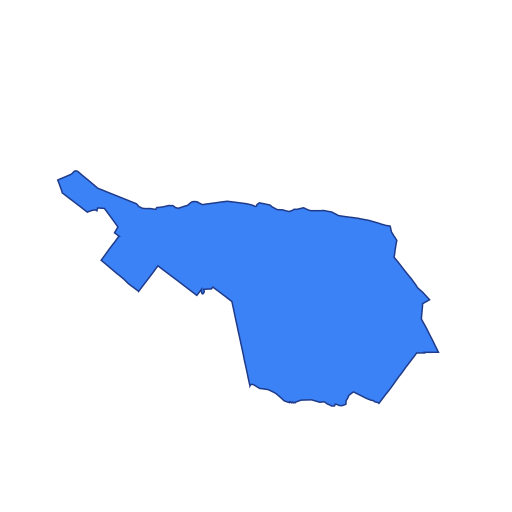 Vīksnas pag., Balvu, Latvia, rotated 218°
{"feature_id": "27541924B75999158196044", "entity_name": "Vīksnas pag.", "entity_type": "district", "adm_level": 2, "iso_a3": "LVA", "parent_name": "Latvia", "parent_adm1": "Balvu", "projection": "equal_earth", "projection_center": [27.422, 57.224], "detail": "fine", "context": "isolated", "style": "filled", "palette": "blue", "viewbox_px": 512, "rotation_deg": 218, "n_neighbors": 0, "source": "geoboundaries", "source_scale": "gbopen_adm2", "svg_char_len": 5872}
<svg xmlns="http://www.w3.org/2000/svg" viewBox="0 0 512 512"><g transform="rotate(218 256 256)"><path d="M180.8,149.9L181.0,150.9L180.6,152.0L180.0,152.5L178.6,153.1L171.5,153.9L169.1,155.4L164.2,158.2L161.1,158.9L156.0,159.9L152.6,159.8L147.5,159.5L144.8,159.2L141.7,160.2L139.6,161.0L139.8,161.2L139.7,161.6L139.8,161.8L139.6,162.1L139.3,162.1L139.1,162.1L139.0,162.4L138.8,162.4L138.6,162.2L138.4,162.1L138.0,162.1L137.9,162.3L137.5,162.5L137.3,162.5L137.3,163.0L137.0,163.0L136.9,163.1L137.0,163.5L136.5,163.7L136.3,163.7L135.9,163.5L135.6,163.8L135.4,164.1L134.8,164.6L134.7,164.7L135.0,165.0L131.7,170.2L127.4,173.8L123.6,176.9L118.8,178.8L115.7,180.0L112.6,183.0L112.2,183.2L108.7,183.3L106.9,183.8L106.5,184.0L104.8,184.2L104.0,184.4L101.8,186.2L102.4,187.9L102.1,188.3L100.9,188.8L98.0,189.6L95.9,191.2L93.9,194.5L95.9,197.5L96.0,197.7L96.1,199.5L96.2,200.1L96.7,202.4L97.1,203.0L95.7,208.5L95.5,208.8L94.6,209.1L87.8,210.5L81.2,211.8L76.5,213.2L74.4,214.4L74.1,214.4L73.6,214.2L73.2,214.1L69.2,215.7L68.8,215.7L68.4,215.6L68.5,221.6L68.6,227.4L68.5,228.3L68.5,233.3L68.7,239.4L68.8,241.8L68.9,242.1L69.0,244.8L69.1,247.7L69.2,249.5L69.1,251.4L69.3,258.3L69.4,258.8L69.5,265.6L69.6,275.7L69.7,277.4L69.7,278.6L69.2,278.9L67.8,279.9L67.1,280.6L64.2,282.8L63.4,283.6L63.9,283.8L53.0,292.5L58.2,295.0L59.8,295.7L61.9,296.8L65.0,298.3L70.9,301.0L77.3,304.1L85.6,307.6L86.6,308.0L87.1,308.4L89.5,312.1L94.3,319.6L95.4,320.9L92.3,328.4L102.7,330.1L102.9,330.1L108.3,330.4L109.7,330.6L111.9,331.5L119.6,333.7L120.3,333.9L121.6,334.1L129.0,335.8L136.4,337.7L141.7,339.0L146.5,340.0L147.9,342.8L148.4,343.6L150.1,346.4L151.5,349.0L153.9,353.4L154.4,354.7L154.6,354.9L155.4,355.3L156.3,355.5L157.0,355.8L157.3,356.0L158.0,356.2L158.8,356.4L159.4,356.6L159.5,356.6L159.8,356.7L159.9,356.8L160.1,356.8L161.9,357.6L162.3,357.7L164.1,358.4L164.4,358.6L166.3,360.2L168.6,362.1L168.8,362.1L169.7,361.6L171.6,360.6L172.3,360.1L173.0,359.8L174.5,359.3L176.5,358.4L179.7,357.3L187.9,354.0L188.9,353.6L197.4,349.2L199.0,348.5L200.7,347.4L203.9,345.6L205.5,344.6L208.5,342.8L214.1,339.6L216.0,338.6L216.5,338.5L218.6,338.2L223.3,337.3L223.6,337.2L230.8,333.4L231.1,333.3L231.3,333.1L232.5,331.9L234.1,330.6L236.1,329.1L239.2,326.6L240.7,325.5L241.0,325.3L242.0,324.9L242.5,324.7L243.1,324.5L245.4,323.9L247.8,323.4L248.1,323.3L248.5,323.0L248.7,322.8L249.5,321.6L250.6,320.4L251.2,319.6L251.8,318.8L252.2,318.3L252.8,317.7L253.2,317.4L254.6,316.4L254.8,316.2L255.2,314.7L255.3,314.5L256.1,313.3L256.4,312.8L256.5,312.4L256.7,312.2L256.8,312.2L256.9,311.9L257.0,311.7L257.6,311.3L258.2,311.0L258.5,310.9L258.9,310.6L261.6,309.5L263.6,308.7L264.0,308.4L264.2,308.2L266.2,306.8L267.7,305.7L267.8,305.6L272.0,304.9L272.3,304.9L272.8,304.7L273.0,304.6L275.9,304.8L276.1,304.8L276.3,304.7L277.1,304.4L279.4,303.3L281.3,302.4L286.0,300.0L286.1,299.9L286.2,299.7L286.7,297.9L286.8,297.5L286.8,297.1L286.7,296.4L286.6,296.2L286.4,295.8L286.4,295.5L286.5,295.2L286.8,294.8L287.0,294.7L290.7,293.6L292.1,293.0L294.3,292.0L295.6,291.4L299.0,289.4L308.3,283.9L312.1,281.6L312.5,281.3L314.1,279.7L316.4,277.4L321.2,272.4L328.2,265.3L328.7,264.7L329.3,264.0L329.6,263.7L329.9,263.5L332.8,262.9L333.8,262.7L335.2,262.6L335.9,262.4L336.1,262.3L336.9,261.8L338.4,260.7L338.9,260.3L339.3,259.8L339.6,259.5L339.9,259.0L340.0,258.8L340.0,258.5L340.2,257.9L340.3,257.6L340.5,256.9L340.7,255.7L340.9,254.9L341.0,254.4L341.3,253.5L341.9,252.6L342.7,251.7L343.0,251.1L343.1,250.9L343.4,250.6L343.9,249.9L344.5,248.8L345.5,247.5L345.7,247.2L346.1,246.6L346.2,246.2L346.4,246.0L346.4,245.9L346.8,245.8L347.6,245.3L348.2,245.1L348.9,244.6L349.1,244.6L349.4,244.5L349.6,244.6L350.3,244.6L350.6,244.6L351.7,244.6L352.7,244.4L352.9,244.4L353.0,244.3L353.5,243.7L354.1,243.3L355.1,242.6L355.7,242.1L356.4,241.4L357.0,240.6L359.2,237.8L360.4,236.6L362.2,234.7L363.8,233.3L364.0,233.0L364.0,232.9L364.0,232.7L364.0,232.4L363.7,231.6L363.7,231.4L363.8,231.1L364.2,230.7L368.2,228.5L369.3,227.7L370.5,226.7L370.8,226.5L371.5,225.9L371.8,225.7L372.4,225.3L372.9,224.9L374.5,223.9L374.9,223.7L375.3,223.5L376.4,223.4L377.6,223.1L378.3,222.9L378.7,222.9L379.3,223.0L381.4,223.4L382.4,223.5L382.8,223.4L383.3,223.3L388.0,221.9L391.3,221.0L412.3,214.9L417.7,213.4L421.5,212.2L422.5,212.0L423.0,212.0L435.3,212.5L441.6,212.6L447.9,212.9L448.7,212.9L449.8,212.4L450.0,212.4L450.7,211.9L451.1,211.4L451.4,210.6L451.7,207.7L452.1,206.4L456.3,198.7L457.8,196.1L459.0,193.8L454.2,190.9L451.9,189.4L451.4,189.1L450.7,188.7L448.5,187.2L448.4,187.1L448.0,186.8L447.4,186.4L446.2,186.5L445.9,186.5L445.4,186.5L443.1,186.5L439.9,186.5L438.6,186.5L435.9,186.6L434.6,186.6L424.8,186.7L423.0,186.7L415.9,186.7L415.2,188.0L414.8,188.6L414.0,189.9L413.5,190.6L413.3,190.9L412.7,191.6L411.8,192.6L411.3,193.1L411.2,193.2L411.0,193.3L409.2,193.7L410.3,196.1L410.2,196.5L404.9,200.1L403.9,199.9L399.1,198.6L388.5,195.6L382.7,193.9L381.8,187.2L376.1,187.3L376.2,187.2L376.2,185.8L376.1,183.5L375.9,179.7L376.0,178.0L375.9,171.3L375.9,171.2L375.8,168.9L375.7,166.0L375.6,164.4L375.4,157.3L370.7,157.2L354.1,156.5L353.2,156.6L346.5,156.4L346.0,156.4L341.7,155.9L340.2,155.7L338.8,155.6L338.1,155.7L335.7,155.7L327.2,155.9L326.9,155.9L326.7,155.8L326.8,162.9L326.9,171.4L327.0,181.3L327.2,184.0L327.2,187.9L324.2,187.9L316.1,188.0L301.2,188.3L299.8,188.3L290.4,188.4L289.2,188.4L278.4,188.5L278.4,192.2L278.4,196.1L277.9,195.3L277.3,194.6L276.2,193.6L275.4,193.2L274.9,193.2L274.5,193.6L274.5,195.3L275.1,196.3L276.1,197.2L276.7,197.5L272.6,201.2L270.9,202.5L270.9,204.9L266.6,205.0L264.0,205.1L252.9,205.3L252.9,205.2L247.0,205.3L240.5,199.9L233.9,194.3L228.0,189.4L221.7,184.1L216.7,180.0L213.6,177.3L213.0,176.9L205.6,170.7L205.0,170.2L201.0,166.7L196.2,162.8L196.0,162.6L193.7,160.7L191.2,158.6L190.0,157.6L186.5,154.6L183.1,151.8L182.9,151.6L181.7,150.7L181.0,150.1L180.8,149.9Z" fill="#3b82f6" stroke="#1e3a8a" stroke-width="1.5"/></g></svg>